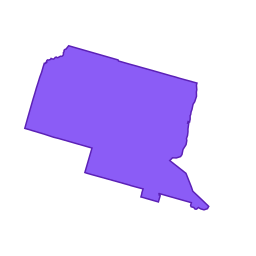 the district of Rio Arriba, New Mexico, United States of America, rotated 16°
{"feature_id": "52423323B40891778777476", "entity_name": "Rio Arriba", "entity_type": "district", "adm_level": 2, "iso_a3": "USA", "parent_name": "United States of America", "parent_adm1": "New Mexico", "projection": "natural_earth1", "projection_center": [-106.665, 36.465], "detail": "fine", "context": "isolated", "style": "filled", "palette": "violet", "viewbox_px": 256, "rotation_deg": 16, "n_neighbors": 0, "source": "geoboundaries", "source_scale": "gbopen_adm2", "svg_char_len": 1644}
<svg xmlns="http://www.w3.org/2000/svg" viewBox="0 0 256 256"><g transform="rotate(16 128 128)"><path d="M48.3,65.3L48.2,65.6L47.4,67.4L46.8,69.0L45.8,69.8L45.1,70.9L45.5,72.0L45.1,73.5L45.6,74.8L45.5,76.2L45.0,77.0L44.4,77.4L43.3,77.6L42.3,78.6L41.2,79.7L40.1,79.9L39.5,79.6L38.6,80.2L38.0,81.6L37.4,82.3L35.7,82.5L34.9,82.3L34.7,83.0L34.3,83.7L32.9,84.6L31.9,84.7L31.4,85.5L31.3,86.5L31.8,86.9L31.7,87.5L31.2,87.5L30.7,88.1L30.9,88.5L30.5,88.9L30.2,88.8L29.7,88.9L29.7,89.4L29.6,92.3L29.6,98.3L29.2,103.4L29.1,109.0L28.9,114.8L28.9,120.1L28.8,126.3L28.8,133.2L28.8,133.3L28.8,146.5L28.9,156.8L49.1,157.0L59.1,157.4L63.9,157.2L82.9,157.2L98.9,157.2L98.8,182.7L100.9,182.8L106.1,182.8L115.0,182.7L145.7,182.5L146.5,182.6L159.3,182.4L159.2,186.6L159.4,187.4L159.4,190.7L177.6,190.7L177.6,184.3L177.4,183.9L176.5,183.9L176.3,183.2L176.6,183.0L175.9,182.7L176.0,182.4L177.9,182.4L183.9,182.4L186.1,182.4L209.5,182.3L209.5,185.1L210.4,186.3L213.1,186.3L214.9,187.5L216.3,187.1L217.6,185.0L220.1,185.7L223.6,185.7L226.6,183.7L227.2,181.1L219.3,176.9L207.7,170.9L205.3,167.4L198.0,157.9L196.2,155.6L177.1,147.8L179.0,144.4L182.8,143.4L186.4,141.0L187.2,138.7L186.8,133.4L188.4,128.0L188.0,123.9L187.1,121.9L187.3,118.9L186.7,115.1L185.9,112.4L185.1,106.6L184.0,106.9L184.0,105.2L185.5,105.2L185.3,102.4L184.3,98.9L184.6,98.0L184.2,95.0L184.4,92.6L184.0,87.3L184.9,84.3L185.1,78.6L183.8,74.6L183.6,72.3L182.0,68.0L181.9,65.8L163.4,66.0L159.1,65.9L154.8,66.0L150.1,66.0L137.5,66.0L135.2,66.0L124.2,66.1L123.1,66.1L120.0,66.1L118.7,66.1L111.6,66.2L100.4,66.2L99.7,65.3L89.4,65.3L48.3,65.3Z" fill="#8b5cf6" stroke="#5b21b6" stroke-width="1.5"/></g></svg>